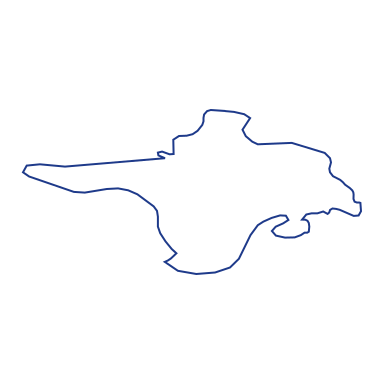 map outline of Hiiu (Equal Earth projection)
{"feature_id": "EST-1660", "entity_name": "Hiiu", "entity_type": "County", "adm_level": 1, "iso_a3": "EST", "parent_name": "Estonia", "parent_adm1": "", "projection": "equal_earth", "projection_center": [22.694, 58.888], "detail": "fine", "context": "isolated", "style": "outline", "palette": "blue", "viewbox_px": 384, "rotation_deg": 0, "n_neighbors": 0, "source": "natural_earth", "source_scale": "10m", "svg_char_len": 1416}
<svg xmlns="http://www.w3.org/2000/svg" viewBox="0 0 384 384"><path d="M106.8,189.0L84.8,192.6L73.9,191.9L29.1,176.5L23.0,172.3L26.7,165.6L39.9,164.3L65.0,166.6L165.0,158.2L158.4,155.4L157.9,152.6L162.1,151.6L169.6,154.3L173.6,154.0L173.3,139.7L179.0,136.0L186.7,135.7L192.6,134.2L197.6,130.8L202.3,124.9L203.5,121.3L203.5,117.9L204.1,114.5L207.1,111.1L210.7,110.0L225.2,111.0L225.4,111.1L234.0,111.9L244.2,114.2L250.1,118.1L242.5,129.7L245.8,136.2L252.3,141.7L257.8,144.3L291.8,142.9L324.7,152.9L330.0,158.2L331.0,162.4L329.3,168.7L330.0,172.3L333.0,176.2L340.2,179.9L342.9,182.2L345.1,184.7L349.9,188.1L352.3,190.4L353.3,192.3L353.6,194.4L353.5,199.0L354.6,201.7L356.8,202.5L359.2,202.5L360.4,202.9L361.0,211.2L358.6,215.5L353.7,215.9L339.7,209.8L336.1,208.9L332.5,208.5L330.1,209.9L329.2,212.5L327.6,213.9L323.2,211.5L317.5,213.3L311.7,213.3L306.3,214.5L302.1,219.6L305.3,219.7L307.5,220.8L308.8,223.0L309.3,226.6L308.8,231.7L307.2,232.7L304.5,232.7L300.9,235.1L294.7,237.4L285.0,237.6L275.9,235.6L271.9,231.0L275.7,226.7L283.1,223.4L288.4,220.0L285.9,215.7L280.1,215.4L271.7,217.9L263.4,221.6L257.8,225.2L250.5,235.1L238.9,258.8L230.0,267.5L215.1,272.5L196.3,274.0L177.9,270.8L164.8,261.9L167.9,260.5L170.9,258.5L176.4,253.3L171.7,249.0L165.5,241.4L160.2,233.2L157.9,226.6L157.9,216.7L157.0,210.9L153.7,206.4L137.4,194.3L128.2,190.3L118.1,188.4L106.8,189.0Z" fill="none" stroke="#1e3a8a" stroke-width="2"/></svg>